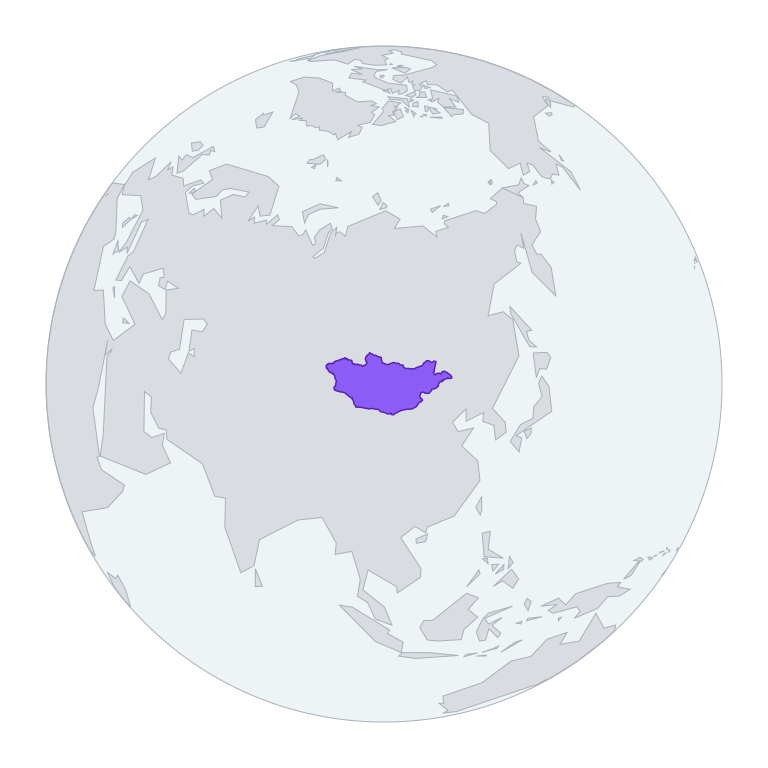 globe centered on Mongolia
{"feature_id": "MNG", "entity_name": "Mongolia", "entity_type": "country or territory", "adm_level": 0, "iso_a3": "MNG", "parent_name": "Asia", "parent_adm1": "", "projection": "orthographic", "projection_center": [102.872, 46.856], "detail": "fine", "context": "on_globe", "style": "filled", "palette": "violet", "viewbox_px": 768, "rotation_deg": 0, "n_neighbors": 0, "source": "natural_earth", "source_scale": "50m", "svg_char_len": 17774}
<svg xmlns="http://www.w3.org/2000/svg" viewBox="0 0 768 768"><circle cx="384" cy="384" r="338" fill="#eef3f6" stroke="#a8b0b8"/><path d="M574.3,104.8L575.4,105.5L573.3,106.9L550.3,100.8L548.0,97.0L542.7,96.7L545.3,101.8L548.2,105.4L533.6,116.8L538.5,141.1L551.0,152.0L539.7,147.7L570.8,171.6L580.5,190.2L562.8,167.4L555.8,163.8L559.0,175.1L552.5,174.0L550.3,179.1L542.2,177.0L532.5,164.7L527.1,163.3L529.7,171.5L523.2,175.2L520.2,163.2L508.6,168.6L490.2,150.6L488.7,123.2L471.7,114.4L452.4,90.1L447.4,91.9L436.9,84.8L427.3,84.6L426.5,80.8L419.5,84.0L422.1,87.5L419.9,90.2L414.5,90.6L412.5,85.7L414.9,84.8L411.5,83.6L412.8,81.0L409.1,82.5L407.2,76.9L401.0,83.1L392.8,79.3L393.8,75.5L404.2,75.0L432.4,67.5L436.6,64.8L432.0,60.7L401.3,54.0L401.6,51.9L394.3,49.6L389.3,50.7L393.2,53.1L382.1,55.3L388.2,58.7L384.6,60.3L386.7,64.8L375.0,65.3L362.6,63.5L360.2,60.1L354.7,59.5L347.7,64.1L334.5,59.9L310.4,61.5L308.2,60.7L320.5,55.6L343.8,51.4L359.7,47.7L337.9,51.5L332.8,50.7L327.1,51.5L320.7,52.8L318.1,53.9L314.0,54.3L334.1,49.8L338.1,49.4L331.7,50.6L342.6,48.9L356.1,47.2L355.8,47.3L381.4,46.1L406.9,46.9L432.4,49.6L457.6,54.2L482.3,60.7L506.5,69.1L530.0,79.2L552.6,91.2L574.3,104.8ZM697.3,262.8L694.9,258.8L695.2,257.2L697.3,262.8ZM694.2,259.1L694.9,259.9L694.4,259.8L694.2,259.1ZM694.3,260.9L694.2,259.6L694.7,261.7L694.3,260.9ZM694.9,264.1L694.5,262.2L694.7,262.6L694.9,264.1ZM694.8,267.4L694.6,268.0L694.0,265.8L694.8,267.4ZM550.6,107.4L546.0,102.1L546.1,98.2L550.7,102.6L550.6,107.4ZM549.5,116.3L545.5,113.1L551.7,112.7L552.1,114.6L549.5,116.3ZM561.5,160.6L559.0,154.7L563.6,160.9L561.5,160.6ZM551.4,180.2L554.2,182.3L551.9,184.2L551.4,180.2ZM392.9,64.4L389.9,64.6L391.1,63.6L392.9,64.4ZM396.7,66.4L400.3,65.1L402.7,65.9L400.4,66.6L396.7,66.4ZM537.4,182.8L532.8,185.4L535.8,180.6L537.4,182.8ZM391.8,67.8L406.4,67.5L410.4,69.0L405.1,73.2L391.8,67.8ZM529.0,185.6L518.1,192.7L523.3,197.8L502.3,188.0L518.6,184.8L521.4,177.8L523.8,183.5L529.0,185.6ZM425.3,88.5L422.3,84.7L429.8,87.6L425.3,88.5ZM430.7,89.8L457.0,96.1L458.8,102.4L449.6,98.7L455.9,107.1L443.8,106.9L437.6,102.3L438.9,98.2L433.3,101.4L430.7,89.8ZM492.4,181.8L488.3,182.0L490.7,179.5L492.4,181.8ZM419.7,91.6L424.8,92.1L426.7,97.4L416.7,97.5L419.3,95.7L419.7,91.6ZM463.5,109.6L463.1,113.9L453.2,114.8L451.8,116.7L443.7,107.5L463.5,109.6ZM416.1,94.7L411.6,97.4L405.7,95.3L414.7,91.5L416.1,94.7ZM431.4,98.9L431.8,101.6L428.3,100.0L431.4,98.9ZM382.5,90.4L388.6,90.4L390.1,93.1L382.5,90.4ZM410.3,98.6L412.3,99.3L413.6,100.5L409.5,101.9L410.3,98.6ZM437.3,109.0L433.2,108.7L440.1,112.8L432.9,114.1L428.8,107.8L427.6,111.1L425.4,111.5L424.5,106.0L437.3,109.0ZM409.2,107.1L401.5,100.2L389.8,99.4L388.1,96.8L407.3,98.8L409.2,107.1ZM418.3,106.9L412.3,106.4L413.2,103.2L417.9,101.6L418.3,106.9ZM429.6,117.3L441.6,116.9L442.1,118.4L429.6,117.3ZM405.6,107.4L407.5,109.1L404.7,107.7L405.6,107.4ZM422.0,114.8L426.2,114.4L426.6,116.0L422.0,114.8ZM407.9,113.0L405.4,110.7L408.5,109.4L407.9,113.0ZM414.2,114.3L413.8,116.7L411.1,110.3L416.0,113.8L414.2,114.3ZM421.7,116.4L423.3,117.3L419.9,116.4L421.7,116.4ZM397.5,119.5L393.4,111.8L400.3,108.9L403.4,116.6L397.5,119.5ZM112.4,183.0L124.4,184.5L117.2,198.6L115.8,232.3L113.9,239.2L103.4,246.4L93.9,290.6L103.3,289.9L105.2,323.9L113.3,340.5L135.0,324.3L121.9,296.5L130.1,280.9L149.1,293.9L162.1,319.4L165.7,314.2L166.3,290.0L178.3,288.3L167.6,281.1L165.2,289.6L158.5,285.6L160.2,277.8L164.3,277.2L163.0,268.2L143.4,274.0L139.0,283.3L129.8,266.6L121.5,280.6L115.9,280.0L127.8,256.1L133.5,251.6L148.1,219.3L141.3,222.3L127.0,253.4L127.4,247.2L118.1,252.7L125.6,243.7L143.0,210.2L140.7,195.6L122.2,194.7L124.2,185.8L132.9,172.2L155.4,158.0L148.5,179.8L156.4,176.1L171.2,161.6L167.8,169.8L173.0,166.9L171.7,175.1L183.1,178.2L183.8,186.0L201.0,179.9L203.7,183.3L192.8,185.8L185.5,192.1L188.8,213.0L193.2,214.8L204.1,209.4L203.6,216.3L213.8,208.5L221.9,218.3L220.5,200.2L233.3,194.5L245.2,196.9L249.1,192.1L229.9,188.4L222.4,190.0L216.4,196.4L195.8,199.4L191.9,194.1L212.5,179.5L209.3,170.7L226.7,164.1L268.1,176.5L278.9,186.2L269.8,215.2L260.0,216.1L258.3,205.8L248.1,221.0L254.5,217.0L254.2,223.1L266.3,220.2L266.6,224.4L277.7,214.7L279.4,219.6L272.4,225.7L291.8,226.6L298.8,236.1L303.1,234.4L305.6,229.9L312.8,245.6L315.7,243.6L314.4,237.7L319.2,230.2L330.4,223.3L332.3,229.1L328.5,232.3L323.3,248.3L312.9,256.7L314.8,258.5L324.3,252.6L330.6,233.0L336.8,227.3L335.3,236.6L336.3,232.8L340.0,231.8L345.4,236.4L347.8,226.5L385.9,210.7L400.1,219.1L394.5,228.5L423.0,226.0L436.9,237.2L435.7,231.4L448.6,227.4L444.4,223.8L444.8,220.8L476.0,210.7L484.7,213.4L496.8,204.1L496.2,201.4L490.3,198.7L502.3,188.0L523.3,197.8L523.7,203.4L536.6,206.4L535.5,219.1L540.6,231.5L531.9,244.8L536.7,254.1L541.2,254.3L551.2,267.6L555.8,295.8L532.0,272.0L521.0,233.0L523.8,248.4L517.2,244.9L514.5,250.6L516.9,261.9L520.9,263.2L494.2,284.0L488.1,315.7L503.1,311.8L512.8,319.5L519.0,355.8L492.4,408.5L505.1,422.2L506.2,432.2L495.7,439.9L493.9,425.4L482.9,421.5L483.5,412.6L466.1,421.2L466.1,408.9L452.5,422.3L458.1,431.6L473.5,428.0L461.7,445.8L477.8,460.9L480.0,480.4L454.2,516.0L427.3,527.1L425.8,532.8L414.9,526.5L400.7,537.6L421.0,568.6L420.5,577.3L397.3,593.0L396.8,586.9L368.1,570.0L362.8,589.8L384.5,607.2L392.0,625.2L375.3,619.1L367.7,602.7L357.5,596.2L360.3,579.2L351.9,551.4L335.0,554.4L336.3,543.4L322.1,517.4L297.9,520.0L259.4,539.7L254.0,565.7L240.8,572.7L224.8,527.0L225.5,498.2L214.8,496.2L202.5,463.8L167.0,439.4L166.3,429.9L158.7,428.2L150.7,412.1L151.4,397.0L144.5,391.4L143.9,431.4L151.7,437.6L164.4,433.3L162.3,445.2L170.5,462.9L145.7,474.4L100.2,456.0L103.2,434.5L107.0,356.0L111.1,351.5L111.4,350.8L111.9,349.3L104.6,355.2L107.8,340.5L97.8,390.4L92.8,407.5L99.5,456.4L97.0,457.1L101.4,469.7L124.4,485.1L122.9,491.1L107.5,507.6L82.1,511.8L89.8,539.4L95.3,556.4L89.3,549.4L78.0,527.4L68.3,504.6L60.4,481.2L54.1,457.2L49.6,432.9L47.0,408.3L46.1,383.6L47.0,358.9L47.1,358.4L48.2,346.0L48.5,343.9L52.4,319.2L58.1,294.8L65.5,271.0L74.8,247.7L85.7,225.2L98.3,203.6L112.4,183.0ZM108.7,193.2L105.6,196.5L108.7,193.2ZM168.3,358.8L181.0,373.3L188.4,352.7L193.9,356.8L194.4,348.6L188.9,351.2L192.0,330.0L202.2,331.8L207.4,324.2L203.4,319.0L184.1,319.4L179.5,349.3L170.9,352.0L168.3,358.8ZM331.6,51.0L329.9,51.3L323.3,52.5L326.2,51.8L331.6,51.0ZM295.3,60.9L289.4,61.4L295.6,60.2L298.5,58.8L315.1,55.1L308.0,60.2L308.2,58.3L295.3,60.9ZM335.3,52.5L325.5,53.6L336.5,52.2L335.3,52.5ZM203.0,145.2L198.2,150.3L192.3,151.2L191.5,143.2L200.1,141.6L203.0,145.2ZM192.8,157.6L213.5,146.4L214.8,151.6L210.6,150.4L209.4,155.0L202.2,154.5L183.3,171.1L176.9,173.1L178.9,156.1L181.8,160.2L186.3,154.7L192.8,157.6ZM263.9,115.0L272.9,112.0L264.1,126.9L256.8,128.1L255.5,119.7L263.4,113.3L263.9,115.0ZM379.7,76.1L383.7,75.2L384.2,76.4L381.3,78.1L379.7,76.1ZM385.2,90.2L362.8,81.8L366.2,80.1L349.0,78.0L351.4,73.1L362.5,74.5L351.3,69.6L362.3,68.8L353.8,66.2L378.2,69.8L387.6,69.5L376.2,71.5L373.8,75.9L375.6,77.8L387.7,83.0L406.7,85.3L407.3,90.7L402.7,93.9L398.3,94.1L399.2,90.4L392.5,93.4L390.6,88.4L385.2,90.2ZM348.4,137.5L351.4,131.5L337.7,139.8L335.6,133.4L334.1,134.8L328.5,131.5L319.0,130.0L319.6,126.8L315.7,127.7L311.8,125.7L306.6,125.9L305.9,120.6L299.5,120.5L302.8,118.1L291.9,119.6L299.7,116.2L295.5,113.8L290.2,118.3L298.9,92.3L296.6,85.2L290.4,81.5L304.6,77.0L319.4,78.1L332.5,83.1L332.7,91.1L339.1,88.0L341.0,91.1L335.2,92.2L345.4,92.4L345.4,95.3L357.1,101.8L371.8,101.0L376.4,103.7L370.7,105.5L379.3,107.0L371.7,112.4L374.8,114.6L370.4,122.4L357.6,125.2L362.1,127.5L359.0,134.1L348.4,137.5ZM395.9,121.6L381.0,125.6L372.6,124.3L383.8,111.2L382.0,108.5L388.8,100.8L400.9,103.0L397.8,104.9L397.7,107.3L394.0,105.7L396.8,108.9L392.7,111.8L393.7,115.1L388.6,115.4L395.9,121.6ZM118.2,240.3L117.9,244.6L118.8,249.9L113.0,253.9L118.2,240.3ZM129.6,217.3L130.3,219.9L122.5,227.3L122.8,223.2L129.6,217.3ZM137.4,215.4L131.0,219.5L134.6,214.8L137.4,215.4ZM194.1,188.2L195.6,191.0L193.1,192.9L189.2,193.2L194.1,188.2ZM307.1,163.2L310.2,159.3L312.3,159.8L323.4,154.8L325.8,159.5L320.0,164.3L307.1,163.2ZM128.9,323.3L122.7,322.7L123.2,318.1L125.2,319.2L128.9,323.3ZM114.5,286.8L114.6,297.9L112.9,287.7L114.5,286.8ZM311.6,167.4L315.9,164.7L314.4,168.7L311.6,167.4ZM328.1,162.7L327.5,167.1L327.3,159.5L328.1,162.7ZM125.7,589.9L130.6,607.2L121.9,597.3L113.8,586.4L107.6,572.5L115.6,578.5L117.7,575.0L125.7,589.9ZM476.4,656.0L486.3,655.1L485.9,656.0L476.4,656.0ZM466.1,654.4L477.5,653.0L464.0,656.7L466.1,654.4ZM481.9,652.3L493.6,648.4L498.6,645.9L497.6,648.0L481.9,652.3ZM458.3,655.5L415.5,658.4L398.6,656.1L402.6,652.6L430.1,652.7L458.3,655.5ZM401.3,652.5L375.3,641.5L339.6,605.2L352.4,607.3L389.7,630.1L387.3,633.4L403.1,642.2L401.3,652.5ZM463.9,629.5L461.4,639.6L437.9,641.0L427.2,640.0L419.8,627.5L423.9,620.6L432.7,620.4L466.6,593.3L478.5,597.8L468.1,609.4L477.8,617.2L463.9,629.5ZM255.4,568.7L262.4,586.3L255.3,586.5L255.4,568.7ZM480.1,573.7L466.6,586.7L478.9,570.0L480.1,573.7ZM487.2,558.0L488.2,563.8L482.6,558.9L487.2,558.0ZM425.6,541.6L416.3,543.3L416.0,538.8L427.7,534.0L425.6,541.6ZM481.6,496.5L481.8,510.3L480.2,515.2L475.8,507.5L481.6,496.5ZM338.2,207.8L320.1,209.2L308.6,214.3L304.6,223.1L302.4,211.7L320.1,203.8L338.2,207.8ZM379.8,209.5L383.1,202.5L386.9,205.6L386.6,207.6L379.8,209.5ZM378.1,205.2L372.5,196.7L377.8,192.8L381.2,200.3L378.1,205.2ZM341.4,180.8L335.8,180.8L337.1,177.4L341.4,180.8ZM546.6,680.2L545.3,680.5L538.1,684.4L546.5,679.2L535.4,685.6L532.3,685.8L521.3,689.6L456.3,711.5L442.8,713.2L448.0,710.5L439.1,703.4L443.7,703.1L442.9,696.1L482.2,682.6L511.0,661.1L530.9,656.4L547.2,639.2L567.1,632.4L560.0,644.4L579.3,641.0L595.9,613.4L604.1,628.2L615.6,625.0L614.6,630.6L603.8,640.7L576.2,661.9L546.6,680.2ZM665.9,570.4L662.8,574.8L662.0,575.1L663.9,572.7L665.9,570.4L665.9,570.4ZM677.0,549.9L677.6,549.5L676.6,551.2L677.0,549.9ZM676.2,550.8L678.0,547.1L677.3,549.2L676.2,550.8ZM668.0,552.7L669.6,550.0L670.1,550.2L668.0,552.7ZM500.9,652.2L515.0,642.3L522.4,639.8L500.9,652.2ZM666.3,552.4L662.7,555.9L663.2,554.3L666.3,552.4ZM666.8,549.2L666.6,547.8L668.4,549.7L666.8,549.2ZM660.2,552.0L664.4,550.9L659.6,552.9L660.2,552.0ZM657.4,555.0L654.2,556.5L654.4,555.7L657.4,555.0ZM617.5,586.9L630.1,589.2L619.4,596.1L607.6,596.7L597.3,608.5L574.5,618.2L580.0,611.8L577.2,606.7L553.1,613.3L548.2,610.5L557.0,604.5L540.8,606.2L558.6,598.2L565.7,605.0L575.6,593.8L592.4,588.2L608.3,583.2L620.7,582.5L617.5,586.9ZM558.3,618.3L561.3,617.2L558.5,620.8L558.3,618.3ZM647.9,557.1L652.6,557.2L652.0,558.7L649.6,560.1L647.9,557.1ZM623.6,579.2L637.1,563.2L640.1,561.2L631.1,575.4L623.6,579.2ZM634.0,560.5L640.0,557.4L643.1,559.2L641.8,561.3L634.0,560.5ZM521.9,621.3L521.2,624.0L516.5,623.2L521.9,621.3ZM528.0,618.2L542.1,616.8L526.7,620.7L528.0,618.2ZM484.6,618.4L488.7,624.0L502.2,617.5L491.9,625.2L500.8,633.3L497.7,637.6L488.9,628.7L485.5,640.2L479.5,641.0L476.4,632.1L482.5,619.2L488.5,613.1L512.6,606.2L484.6,618.4ZM528.0,610.6L524.3,604.2L527.0,598.4L531.1,601.3L528.0,610.6ZM512.8,588.2L502.5,580.9L493.4,586.3L511.7,569.3L518.6,579.1L512.8,588.2ZM503.8,569.1L495.2,574.1L503.9,564.4L503.8,569.1ZM492.9,571.2L491.7,564.5L498.6,564.2L492.9,571.2ZM508.2,568.5L509.5,556.4L513.1,562.6L508.2,568.5ZM488.2,549.2L503.3,558.2L484.1,556.6L482.2,533.2L490.3,531.4L488.2,549.2ZM526.8,438.6L524.2,431.4L531.2,427.8L531.0,433.7L526.8,438.6ZM551.8,411.2L532.3,424.5L516.2,435.7L521.7,438.0L519.1,451.8L510.2,441.5L520.6,424.5L533.0,418.4L533.7,406.8L542.1,396.7L538.5,383.3L541.8,376.0L548.9,386.5L551.8,411.2ZM536.4,377.8L533.2,353.0L547.0,352.4L550.8,357.6L546.5,369.1L539.5,368.7L536.4,377.8ZM536.5,347.0L529.7,346.6L510.6,313.5L510.0,306.6L531.8,330.3L526.5,331.4L528.8,339.9L536.5,347.0ZM490.1,184.9L488.4,182.3L492.2,183.8L490.1,184.9ZM442.2,218.9L443.4,215.2L447.7,216.7L442.2,218.9ZM448.9,205.8L443.2,206.6L448.5,203.3L448.9,205.8ZM430.6,209.1L440.6,205.7L432.2,212.5L430.6,209.1Z" fill="#d9dde1" stroke="#a8b0b8" stroke-width="1"/><path d="M326.6,364.9L327.0,364.9L327.8,364.5L327.9,364.3L328.0,363.8L328.3,363.5L329.1,363.4L329.3,363.5L330.0,363.6L330.4,363.9L330.7,363.9L330.8,363.8L330.9,363.5L331.1,363.4L331.3,363.8L331.8,363.8L332.1,363.7L332.2,363.3L332.4,363.2L332.6,363.3L333.0,363.4L333.3,363.1L334.0,362.9L334.1,362.7L334.1,362.3L334.2,361.8L334.6,361.6L335.1,361.7L335.5,361.6L335.7,361.1L335.9,361.0L336.6,360.9L337.7,360.6L338.2,360.6L338.7,360.2L339.0,360.1L339.8,359.7L341.0,359.5L341.3,359.6L341.4,359.3L341.8,359.1L342.0,359.1L342.5,358.6L342.9,358.5L344.3,358.6L344.7,358.2L344.8,357.8L345.1,357.8L345.3,358.2L345.8,358.7L345.9,358.9L346.1,359.0L346.4,358.8L346.6,358.5L346.8,358.4L347.2,358.6L347.3,359.3L347.6,359.6L348.2,359.7L349.5,360.0L351.2,360.3L351.8,360.4L351.9,360.7L352.0,361.9L352.0,362.4L352.1,362.7L352.3,362.8L352.7,363.3L352.8,363.7L353.2,363.6L354.0,363.7L354.3,363.9L354.4,364.2L354.6,364.4L355.7,364.5L355.9,364.6L356.2,364.7L356.3,364.5L356.9,364.4L357.2,364.2L357.5,364.2L357.7,364.5L358.0,364.5L358.1,364.3L358.3,364.4L358.9,364.7L359.1,365.0L359.4,365.1L359.9,365.0L360.0,365.1L360.6,365.1L361.7,365.3L362.1,365.8L362.2,366.1L362.4,366.3L363.0,366.3L363.8,365.7L364.0,365.3L364.5,365.2L365.0,365.2L365.3,364.9L365.6,364.8L366.0,364.5L366.6,363.2L366.8,362.1L366.8,361.8L366.6,361.7L366.3,361.6L365.9,361.1L365.7,360.4L365.7,359.9L365.3,359.1L365.4,358.7L365.7,358.0L365.8,357.4L365.9,357.0L366.0,356.8L366.3,356.4L366.5,356.2L366.8,356.2L367.0,355.7L367.3,355.1L367.5,354.9L368.6,354.5L369.1,353.9L369.2,353.6L369.4,352.9L369.6,352.7L369.8,352.8L370.1,353.2L370.3,353.2L371.4,353.9L372.5,354.2L373.2,354.9L373.6,355.1L375.2,355.2L377.9,356.5L378.5,356.9L378.8,356.8L379.2,356.8L381.2,357.5L381.4,357.7L381.4,358.0L381.3,358.3L381.3,358.9L381.5,359.3L381.6,360.2L381.6,360.6L381.6,360.8L381.8,360.9L381.9,361.2L381.8,361.7L381.8,362.0L382.0,362.3L382.5,362.4L382.8,362.8L383.3,363.2L384.0,363.5L385.1,363.8L385.4,363.9L385.6,364.3L386.1,364.4L386.9,364.6L387.5,364.4L388.6,364.5L388.9,364.4L389.6,363.8L390.0,363.6L390.5,363.5L390.8,363.4L391.9,363.1L392.4,363.1L393.0,362.6L393.4,362.5L394.6,362.8L395.3,362.9L396.1,363.3L396.6,363.4L397.9,363.2L398.4,363.3L399.4,363.9L399.8,364.5L400.5,365.1L402.0,365.0L403.1,365.2L403.2,365.3L403.2,365.7L403.3,366.7L403.4,366.9L403.6,366.9L403.7,367.2L404.4,367.6L405.2,368.3L405.7,368.6L406.0,368.7L406.5,368.5L408.4,368.4L409.3,368.6L409.6,368.7L412.2,369.0L412.6,368.7L413.0,368.7L413.8,369.1L414.1,369.0L414.6,368.8L416.4,367.5L416.8,367.6L417.9,367.1L419.2,366.8L420.2,366.1L420.7,366.0L421.4,366.0L421.8,365.9L422.7,365.2L423.0,364.1L424.3,362.7L425.4,362.0L426.0,361.3L426.8,360.7L427.1,360.8L428.5,360.7L429.5,361.1L429.9,361.5L430.7,362.1L431.3,362.3L432.4,362.2L433.8,361.2L434.1,361.1L434.7,361.2L435.5,361.4L435.8,361.6L436.0,361.9L434.6,368.0L434.7,368.4L434.5,369.0L434.1,369.7L434.1,370.4L434.2,371.1L434.3,371.6L433.4,372.5L433.7,373.5L434.0,373.9L434.4,374.3L435.3,374.8L435.6,374.6L435.9,374.1L436.4,373.6L437.5,373.5L438.0,373.3L438.4,373.2L439.0,373.2L439.7,373.3L440.2,373.6L440.6,374.0L440.9,374.0L441.2,373.4L441.5,373.0L442.1,371.8L442.9,371.6L443.1,371.4L443.5,371.3L443.9,371.4L444.9,371.3L445.2,371.4L446.2,372.4L447.3,372.6L447.5,372.7L447.8,373.2L448.0,373.4L448.6,373.6L448.8,373.9L449.7,374.6L450.6,375.1L450.8,375.4L450.9,375.7L451.1,376.0L451.7,376.6L451.7,377.0L451.8,377.3L451.8,377.7L451.2,378.2L450.9,378.3L450.3,378.3L449.8,378.5L449.1,378.5L448.5,378.3L448.2,378.1L447.7,378.0L447.3,378.5L447.0,378.5L446.8,378.7L445.7,378.7L444.8,379.2L444.2,379.6L443.9,380.1L443.7,380.3L443.4,380.3L442.8,380.1L442.4,380.1L442.3,380.3L442.2,381.1L442.3,381.3L442.2,381.5L440.8,381.8L440.3,381.7L440.1,381.8L439.7,382.2L439.5,382.3L439.3,382.5L439.2,383.0L438.6,383.8L438.3,385.1L438.5,385.6L438.4,386.0L438.1,386.3L437.8,386.4L437.4,386.8L436.5,387.9L434.5,388.7L433.5,388.9L432.8,388.8L432.4,388.9L432.1,389.1L431.9,389.2L431.9,389.8L431.7,390.2L430.8,391.3L430.5,391.8L430.3,392.0L429.7,392.3L428.9,393.3L428.6,393.4L427.4,393.3L426.4,393.3L424.9,393.1L424.4,392.9L424.0,392.4L423.6,392.2L422.3,392.3L422.0,392.2L421.4,392.4L420.9,393.0L420.5,393.9L420.2,394.9L420.1,395.8L419.8,396.4L419.8,396.7L420.0,397.0L420.4,397.7L420.8,398.2L421.9,399.1L422.4,399.7L422.5,400.1L422.5,400.3L422.3,400.5L421.8,400.7L421.0,401.8L420.8,401.8L418.8,402.9L416.7,406.1L416.5,406.5L413.6,408.1L412.5,408.7L412.1,408.9L411.2,408.9L409.3,409.2L407.0,409.2L401.0,410.5L397.1,412.4L394.7,413.8L394.2,414.0L393.6,414.7L393.3,414.9L392.8,414.6L391.2,414.5L391.1,413.3L387.7,414.0L384.9,412.6L380.9,411.7L380.1,411.3L379.7,410.9L379.0,409.8L378.7,409.6L378.0,409.4L376.3,409.3L371.5,408.4L369.2,408.9L359.5,407.1L356.0,407.2L355.8,407.0L355.8,406.4L355.7,406.0L355.2,405.4L354.8,404.9L354.2,404.2L354.0,403.8L353.9,403.1L353.1,400.3L352.9,399.7L352.7,399.4L352.2,399.3L352.1,399.1L352.1,398.7L352.4,397.8L352.3,397.7L351.1,397.7L349.7,397.0L348.9,396.2L348.4,395.8L347.7,395.0L346.8,394.7L346.4,394.4L346.0,393.7L345.7,393.3L345.1,393.0L344.2,392.6L342.2,392.0L341.3,392.1L340.7,392.0L339.7,391.7L339.1,391.4L337.3,391.1L336.7,390.8L336.2,390.7L335.9,390.5L335.6,390.2L335.2,390.0L334.8,389.9L334.7,390.0L334.5,389.6L334.2,388.9L334.2,388.6L333.9,387.9L334.3,386.8L334.8,386.1L335.0,386.0L335.7,385.2L335.8,384.8L335.7,384.3L335.6,383.8L335.7,383.4L335.9,383.1L336.3,382.3L336.3,382.1L336.2,381.9L336.3,381.0L336.0,379.7L335.5,379.4L334.9,377.6L334.8,377.3L334.9,376.9L334.8,376.3L334.6,375.7L334.6,375.3L334.5,375.2L334.1,375.0L333.8,374.7L333.7,374.3L333.7,374.0L333.6,373.8L333.4,373.7L333.1,374.0L332.8,374.0L332.6,374.0L332.1,373.4L331.9,372.8L331.7,372.6L331.1,372.5L330.5,372.7L330.0,372.5L329.6,371.9L329.3,371.7L328.4,370.9L328.5,370.3L328.4,369.9L328.0,369.7L327.7,369.2L326.5,368.5L326.5,368.3L326.5,368.2L326.9,367.9L327.0,367.7L326.9,367.5L326.2,367.0L326.2,366.8L326.0,366.4L326.1,366.2L326.5,366.0L326.6,365.8L326.5,365.6L326.5,365.3L326.6,365.1L326.6,364.9Z" fill="#8b5cf6" stroke="#5b21b6" stroke-width="1.5"/></svg>